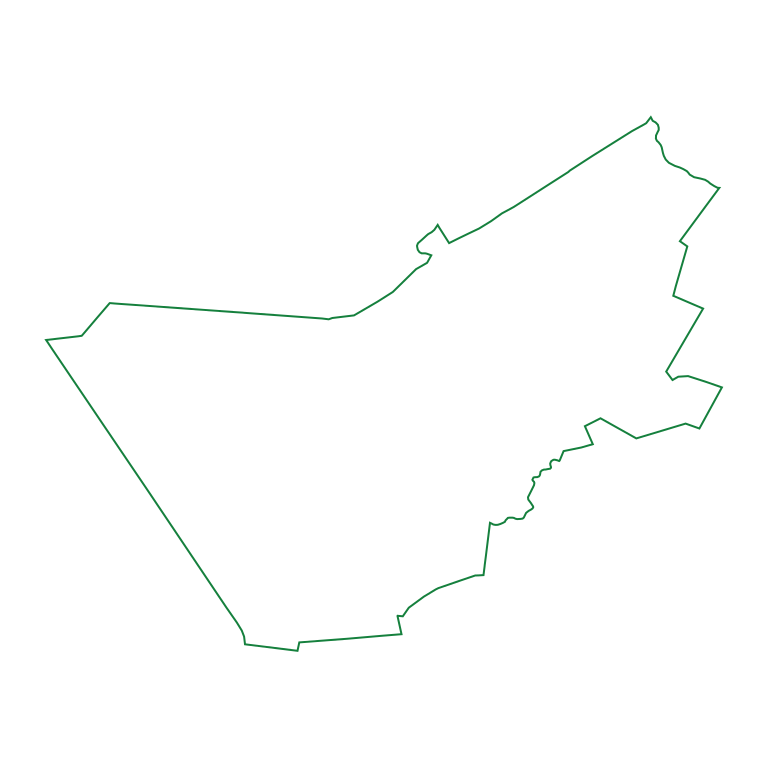 Olari, Arad, Romania
{"feature_id": "2599482B34473248507374", "entity_name": "Olari", "entity_type": "district", "adm_level": 2, "iso_a3": "ROU", "parent_name": "Romania", "parent_adm1": "Arad", "projection": "robinson", "projection_center": [21.573, 46.398], "detail": "fine", "context": "isolated", "style": "outline", "palette": "green", "viewbox_px": 768, "rotation_deg": 0, "n_neighbors": 0, "source": "geoboundaries", "source_scale": "gbopen_adm2", "svg_char_len": 2608}
<svg xmlns="http://www.w3.org/2000/svg" viewBox="0 0 768 768"><path d="M483.5,575.1L484.6,566.3L484.7,565.2L485.8,556.7L490.0,522.8L491.5,523.5L493.3,524.5L495.4,524.9L497.8,524.8L500.3,524.0L502.9,522.9L504.9,521.8L505.6,520.3L506.9,519.0L507.9,517.9L509.2,517.7L511.0,517.7L512.6,517.7L513.9,517.9L515.4,518.7L517.2,519.1L520.6,518.9L522.6,518.6L523.8,517.6L526.1,512.9L528.6,510.9L531.0,509.6L532.5,508.5L533.2,507.4L533.1,506.4L532.3,505.2L531.7,504.3L531.1,503.3L528.3,499.6L528.0,497.2L531.3,490.7L534.0,485.2L534.4,483.0L534.0,481.8L532.9,480.7L532.4,479.8L533.0,478.5L533.5,477.5L534.8,477.2L537.3,477.1L539.0,476.4L539.5,475.8L540.0,474.8L540.3,473.1L540.5,471.8L541.9,470.4L543.9,469.6L545.8,469.5L547.7,469.1L550.1,468.7L551.0,467.7L550.9,466.6L550.4,465.2L550.2,463.6L550.7,462.2L551.3,461.1L553.4,459.8L554.8,459.7L557.7,460.4L558.5,460.8L559.2,461.0L559.7,460.5L563.6,451.1L581.3,447.5L592.8,444.2L584.9,426.2L600.5,418.3L636.3,438.4L685.6,423.6L699.4,428.5L721.9,387.4L706.4,382.0L688.1,376.1L678.3,376.7L672.5,380.0L666.2,371.6L703.1,308.6L673.3,295.8L675.8,286.2L687.3,246.4L679.9,241.2L705.8,206.1L719.3,187.9L717.6,187.8L714.3,186.1L710.2,183.5L708.2,181.7L705.1,179.8L700.3,178.5L694.1,177.2L689.7,174.6L688.3,172.7L686.8,171.1L683.3,169.1L679.8,167.5L674.9,165.9L668.9,162.8L665.7,159.5L663.8,155.8L662.9,152.8L662.2,149.6L661.7,147.3L660.7,145.0L658.5,142.2L656.9,140.8L655.9,138.6L656.0,136.9L656.0,135.5L656.4,134.7L657.5,132.3L658.7,130.0L658.7,127.7L657.9,124.8L655.6,122.4L652.7,120.8L650.8,117.2L646.2,123.2L643.8,124.6L632.0,131.1L592.3,156.0L569.8,170.6L568.3,172.0L547.2,185.5L513.7,207.0L501.9,213.4L491.0,221.2L479.1,228.5L468.0,233.8L458.5,238.4L449.1,243.1L439.3,227.7L437.7,224.9L435.8,227.7L434.3,229.9L431.6,232.2L428.2,234.1L426.8,235.3L422.0,239.7L418.1,243.1L417.6,244.1L417.0,245.8L417.2,247.1L417.8,249.8L419.5,252.2L421.6,253.3L423.2,253.3L425.1,253.3L426.9,253.7L431.3,255.3L427.1,262.8L416.1,269.1L392.9,291.9L392.0,292.5L377.5,301.7L354.0,315.4L332.3,318.0L328.7,319.3L322.1,318.5L233.0,312.0L131.5,304.7L120.0,303.9L114.7,303.5L110.1,303.1L109.7,303.1L97.5,317.3L82.6,334.8L81.7,335.8L81.2,335.9L80.9,335.9L78.2,336.3L62.6,338.1L58.1,338.6L52.4,339.3L49.6,339.6L48.2,339.8L47.5,339.8L46.1,340.0L47.2,341.6L52.3,349.3L102.5,423.6L147.1,489.5L226.3,607.4L236.9,622.6L241.8,630.6L244.1,636.6L245.0,644.3L297.5,650.8L299.3,642.4L347.9,638.7L381.6,635.8L401.5,634.2L397.5,616.0L397.6,615.8L402.8,616.3L408.8,607.7L423.9,596.6L435.6,589.5L438.4,588.1L459.9,580.7L475.2,575.5L478.4,575.4L480.2,575.3L483.5,575.1Z" fill="none" stroke="#15803d" stroke-width="2"/></svg>